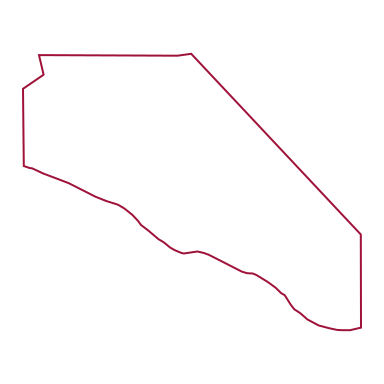 outline of Massac, Illinois, United States of America
{"feature_id": "52423323B63666596327818", "entity_name": "Massac", "entity_type": "district", "adm_level": 2, "iso_a3": "USA", "parent_name": "United States of America", "parent_adm1": "Illinois", "projection": "equal_earth", "projection_center": [-88.699, 37.201], "detail": "fine", "context": "isolated", "style": "outline", "palette": "rose", "viewbox_px": 384, "rotation_deg": 0, "n_neighbors": 0, "source": "geoboundaries", "source_scale": "gbopen_adm2", "svg_char_len": 689}
<svg xmlns="http://www.w3.org/2000/svg" viewBox="0 0 384 384"><path d="M304.3,316.7L307.2,319.3L318.5,325.4L329.1,328.2L337.0,329.9L342.4,330.2L350.1,330.2L361.0,327.6L360.8,234.5L191.2,53.8L177.5,55.7L39.0,55.1L43.6,74.7L23.0,88.8L23.8,166.0L29.3,167.9L32.3,168.4L43.2,173.5L68.8,183.2L95.4,196.7L106.2,201.0L118.0,204.7L124.4,208.5L132.4,214.9L138.2,221.1L140.9,224.9L149.0,231.1L158.5,239.2L163.9,242.4L170.1,247.5L174.6,250.1L181.3,252.9L183.8,253.5L197.4,251.5L204.0,253.0L208.8,254.8L241.8,271.6L247.1,273.2L252.8,273.5L256.4,275.0L267.6,281.9L275.5,287.6L281.1,293.1L284.7,295.2L290.6,304.5L294.3,309.3L300.0,313.0L304.3,316.7Z" fill="none" stroke="#9f1239" stroke-width="2"/></svg>